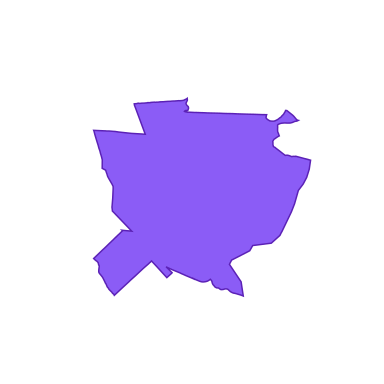 Farcasele, Olt, Romania (Natural Earth projection), rotated 48°
{"feature_id": "2599482B95446967928942", "entity_name": "Farcasele", "entity_type": "district", "adm_level": 2, "iso_a3": "ROU", "parent_name": "Romania", "parent_adm1": "Olt", "projection": "natural_earth1", "projection_center": [24.435, 44.148], "detail": "fine", "context": "isolated", "style": "filled", "palette": "violet", "viewbox_px": 384, "rotation_deg": 48, "n_neighbors": 0, "source": "geoboundaries", "source_scale": "gbopen_adm2", "svg_char_len": 5849}
<svg xmlns="http://www.w3.org/2000/svg" viewBox="0 0 384 384"><g transform="rotate(48 192 192)"><path d="M303.6,223.5L291.6,215.6L270.8,212.6L269.1,208.1L274.3,188.4L272.4,182.7L283.1,167.3L283.1,155.7L282.0,153.0L281.6,151.7L273.3,131.5L269.4,123.7L262.0,111.9L260.5,104.1L257.9,97.0L253.5,89.6L247.7,82.6L234.8,91.0L234.8,91.3L234.6,91.6L234.1,92.0L233.6,92.5L233.2,93.0L232.7,93.7L232.5,94.1L232.3,94.3L231.7,94.6L230.8,95.0L229.7,95.6L228.8,96.2L228.1,96.9L227.5,97.7L227.2,98.2L226.7,98.3L224.1,98.8L222.9,99.0L220.0,99.5L218.4,99.8L216.3,100.2L215.2,100.4L214.6,100.4L214.3,100.5L213.4,100.9L212.9,101.0L212.2,100.9L211.7,100.5L211.0,100.2L210.6,99.9L210.1,99.4L209.7,99.0L209.3,98.7L208.7,98.4L208.5,98.2L208.4,97.9L208.1,97.2L207.9,96.6L207.8,96.0L207.7,95.3L207.8,94.9L208.0,94.3L208.0,93.5L208.1,92.8L208.3,91.3L208.7,89.6L207.4,89.1L206.1,88.5L204.9,88.2L203.6,87.3L202.3,86.1L201.2,85.0L200.2,84.2L199.9,83.9L199.5,83.6L199.4,82.6L199.7,82.1L199.9,81.2L200.4,80.2L200.8,79.4L201.5,78.5L202.7,76.9L203.7,75.9L204.5,75.1L205.9,73.5L206.5,72.8L207.4,71.1L207.6,70.6L208.1,69.1L208.4,68.2L208.8,67.7L209.5,66.5L209.8,65.6L209.9,65.1L209.5,65.4L208.7,65.7L207.7,65.8L207.1,65.8L204.8,65.7L203.3,65.7L202.1,65.8L195.5,66.9L194.9,67.0L194.6,67.3L194.0,67.9L194.2,68.2L194.5,68.7L195.0,70.5L195.4,71.5L195.4,71.8L195.5,72.2L195.6,74.3L195.6,74.5L195.7,74.8L195.8,75.0L195.8,75.4L195.8,76.1L195.7,76.8L195.6,77.4L195.6,77.7L195.6,78.1L195.5,79.4L195.4,80.0L195.2,80.7L195.1,81.2L194.8,82.1L194.8,82.3L194.5,83.0L194.3,83.4L194.1,83.8L193.7,84.2L193.2,84.8L192.6,85.4L191.9,86.0L191.4,86.4L191.1,86.6L190.6,86.8L190.1,86.9L189.8,87.0L188.9,87.3L187.4,87.5L186.5,87.3L186.2,87.2L186.0,86.9L185.8,86.8L185.6,86.4L185.4,86.2L185.0,85.7L184.5,84.8L182.7,86.7L181.8,87.7L178.6,91.0L175.8,93.9L170.9,99.1L164.1,106.2L161.2,109.1L159.4,111.0L156.7,113.9L154.3,116.4L152.6,118.1L150.3,120.5L143.4,127.8L140.9,130.3L138.8,132.5L135.6,135.8L134.5,137.0L130.5,141.0L129.8,141.9L129.4,142.2L129.1,142.4L128.7,142.6L128.0,143.2L127.7,143.4L127.4,143.5L127.0,143.6L127.0,143.3L127.0,142.8L127.1,142.4L127.3,142.0L127.6,141.7L127.8,141.4L128.1,141.2L128.4,140.9L128.5,140.7L128.5,140.3L128.0,139.5L127.7,138.9L127.5,138.6L127.2,138.3L126.8,138.1L126.5,137.9L126.1,137.7L125.5,137.7L125.2,137.7L124.7,137.8L124.1,137.8L123.6,137.7L123.1,137.6L122.6,137.4L122.2,137.2L121.9,136.8L121.2,135.2L121.0,134.6L120.8,134.2L120.6,134.0L120.2,133.6L119.2,132.9L119.2,133.5L118.8,134.9L118.6,135.4L118.5,136.0L118.3,136.6L118.1,137.1L117.7,137.7L117.4,138.1L117.1,138.6L116.6,139.2L116.4,139.5L116.1,139.9L115.2,140.8L114.1,142.3L113.6,142.9L113.1,143.6L112.6,144.2L112.1,144.8L111.1,146.0L110.6,146.7L110.1,147.4L108.4,149.4L106.4,152.0L105.9,152.7L105.3,153.4L103.8,155.2L103.5,155.6L103.0,156.4L102.8,156.7L102.0,157.7L101.3,158.5L101.0,159.0L100.8,159.2L100.7,159.3L100.4,159.5L100.2,159.7L99.2,160.9L98.9,161.3L98.6,161.8L98.1,162.3L97.9,162.5L97.9,162.8L97.1,163.9L96.9,164.2L96.8,164.4L96.6,164.5L96.3,164.7L96.1,164.8L95.8,165.5L95.7,165.8L95.3,166.2L94.0,168.0L93.2,168.9L92.8,169.4L92.6,169.6L92.4,169.8L91.9,170.6L91.5,171.1L90.7,172.1L90.3,172.3L90.1,172.4L90.0,172.6L89.5,173.4L89.4,173.8L89.3,174.0L87.8,175.9L88.5,176.4L89.0,176.7L93.4,178.4L117.8,188.1L117.0,188.9L115.4,190.4L108.1,197.6L105.8,199.7L102.0,203.1L98.2,206.5L95.6,208.6L94.7,209.5L91.0,213.0L89.5,214.7L89.2,214.9L81.2,223.0L80.4,223.8L81.2,224.1L84.4,225.8L89.9,228.4L92.5,229.6L94.1,230.3L97.0,231.8L98.7,232.5L100.3,233.2L102.1,234.2L104.5,235.3L107.6,236.9L108.0,237.1L114.3,242.9L118.0,241.6L120.5,242.7L122.0,243.3L123.4,244.0L124.1,244.3L126.6,244.9L132.7,246.2L134.8,246.8L135.2,247.0L136.9,248.5L143.6,255.1L148.5,260.3L149.7,261.6L152.4,263.5L152.5,263.6L152.8,263.9L180.8,263.0L173.7,269.5L174.4,269.4L174.3,269.8L174.5,274.1L174.5,275.1L174.5,277.0L174.6,277.5L174.7,278.0L174.7,278.5L174.5,278.9L174.6,279.1L174.6,279.4L174.7,281.4L174.8,283.1L174.8,284.9L174.9,286.0L174.9,287.5L175.1,292.2L175.2,295.7L175.2,296.9L175.2,297.0L175.6,309.6L176.2,309.6L176.8,309.5L177.1,309.5L177.5,309.5L178.0,309.4L178.8,309.3L179.2,309.2L179.6,309.1L179.8,309.0L180.8,309.0L181.1,309.0L181.6,309.0L181.8,309.0L182.0,309.1L182.3,309.4L182.5,309.5L183.1,309.8L183.6,310.0L183.8,310.2L184.3,310.2L184.6,310.3L184.8,310.4L185.0,310.6L185.5,311.0L186.2,311.9L187.7,313.6L188.7,314.5L189.0,314.8L189.6,315.0L190.6,315.3L191.7,315.3L192.0,315.3L193.7,315.4L195.2,315.5L196.6,315.8L199.5,316.6L202.1,317.4L202.4,317.4L202.7,317.4L202.9,317.5L203.1,317.5L205.0,318.2L205.9,318.5L206.4,318.5L207.5,318.5L208.2,318.7L208.6,318.8L209.1,318.8L209.8,318.8L211.7,318.7L212.7,318.6L213.7,318.8L214.2,318.8L215.0,318.7L215.5,318.5L215.9,318.6L216.8,318.9L216.8,318.2L216.6,307.3L216.5,299.1L216.4,297.0L216.4,290.3L216.2,280.1L216.2,278.6L216.3,272.4L216.2,270.4L216.3,270.0L216.2,269.2L216.2,268.6L216.2,268.2L218.1,268.2L223.8,268.1L238.8,268.0L238.8,263.7L238.8,261.4L238.7,260.8L230.2,261.3L231.6,260.8L236.7,258.6L244.0,255.1L245.8,254.4L247.0,253.8L250.0,252.5L254.6,250.3L257.7,248.9L257.4,248.8L259.3,248.0L259.5,247.9L260.0,247.7L260.6,247.4L263.3,246.1L264.2,245.6L265.0,245.1L265.7,244.5L266.3,243.9L266.9,243.1L267.6,242.1L268.1,241.2L268.6,240.1L268.8,239.4L269.0,238.2L269.1,236.8L269.7,236.8L270.6,236.8L271.5,236.9L272.2,237.3L273.3,237.9L274.6,238.3L275.5,238.4L276.1,238.3L276.7,238.4L277.6,238.5L278.2,238.4L278.8,238.2L279.6,237.9L280.0,237.6L280.4,237.2L280.8,236.8L281.2,236.5L281.6,236.4L282.4,236.3L283.2,236.1L283.7,235.9L284.1,235.6L284.6,235.0L285.2,234.2L285.6,233.5L285.9,232.7L286.3,232.1L286.6,231.7L287.0,231.3L287.4,231.0L287.7,230.8L288.2,230.5L288.6,230.4L289.1,230.4L290.8,230.2L291.4,230.2L292.2,230.0L293.8,229.4L294.4,229.1L295.2,228.6L295.8,228.1L296.5,227.6L297.3,227.1L299.6,225.7L301.2,224.7L303.6,223.5Z" fill="#8b5cf6" stroke="#5b21b6" stroke-width="1.5"/></g></svg>